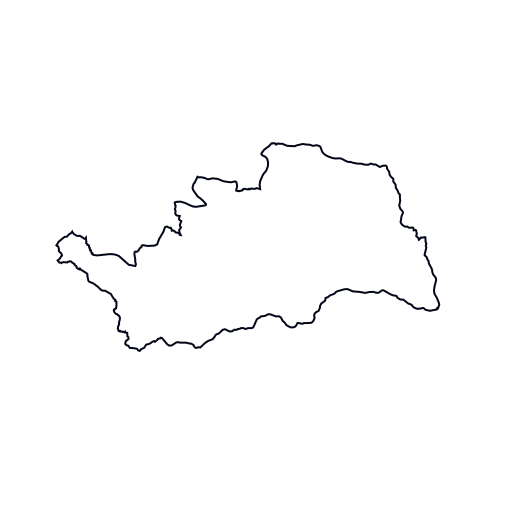 Toraja Utara, Sulawesi Selatan, Indonesia (Albers equal-area conic projection), rotated 113°
{"feature_id": "22746128B99951949618583", "entity_name": "Toraja Utara", "entity_type": "district", "adm_level": 2, "iso_a3": "IDN", "parent_name": "Indonesia", "parent_adm1": "Sulawesi Selatan", "projection": "albers", "projection_center": [119.857, -2.899], "detail": "fine", "context": "isolated", "style": "outline", "palette": "ink", "viewbox_px": 512, "rotation_deg": 113, "n_neighbors": 0, "source": "geoboundaries", "source_scale": "gbopen_adm2", "svg_char_len": 6134}
<svg xmlns="http://www.w3.org/2000/svg" viewBox="0 0 512 512"><g transform="rotate(113 256 256)"><path d="M365.3,291.8L363.0,286.2L362.6,283.2L362.0,281.4L362.3,278.9L363.4,277.7L364.0,276.4L364.0,275.0L362.4,273.3L362.0,271.6L356.0,268.9L352.9,266.9L349.5,263.4L347.0,262.6L344.8,262.4L343.6,261.8L341.8,259.9L336.9,257.8L335.5,255.9L335.8,251.0L334.7,248.6L332.4,247.2L331.4,244.8L330.5,244.4L329.4,242.6L328.1,241.5L327.3,239.6L327.3,237.0L325.5,235.2L324.3,232.3L323.2,230.9L322.4,230.6L314.2,230.5L312.9,229.9L311.0,228.4L309.8,228.0L307.7,224.4L304.9,222.1L304.1,220.2L303.8,214.1L302.5,211.1L302.9,209.0L305.2,206.2L306.2,203.3L307.7,201.1L308.1,197.9L308.0,195.6L306.9,193.5L305.7,192.3L303.3,191.7L301.6,191.7L300.9,190.5L300.6,187.9L300.2,186.7L299.1,185.8L297.0,181.1L295.7,178.8L293.6,177.9L291.7,177.8L289.9,177.9L288.8,178.8L287.5,179.4L285.8,179.4L284.5,178.9L281.9,176.9L279.1,176.9L277.1,177.5L274.8,177.4L274.2,177.3L270.3,175.0L268.8,175.1L267.5,175.6L265.6,173.6L263.5,172.6L260.4,169.4L259.2,168.7L257.9,168.4L256.8,167.5L252.1,161.7L250.7,158.8L250.7,153.0L248.6,146.7L247.3,141.0L245.0,137.8L243.1,133.9L243.0,131.9L242.3,129.3L240.7,127.9L238.7,126.9L238.0,125.9L237.8,125.1L238.7,117.2L238.7,114.8L237.9,111.3L238.2,110.4L239.0,109.9L239.6,107.0L239.4,105.2L238.6,103.5L240.3,97.2L240.0,94.8L240.4,93.1L241.2,92.0L241.7,90.4L241.7,88.6L241.6,86.7L240.8,85.7L240.6,84.7L238.7,82.2L238.5,81.3L239.3,78.9L238.5,74.5L234.5,68.6L233.4,68.1L233.2,68.8L231.7,68.1L229.2,68.3L227.5,69.5L223.6,73.5L221.3,76.7L218.5,78.6L214.5,79.7L207.6,80.8L205.9,81.9L203.7,85.8L202.3,87.1L199.1,89.2L195.3,94.0L193.3,95.1L192.2,96.8L190.2,98.7L189.5,100.9L189.1,101.3L181.6,102.5L180.5,103.5L179.7,103.9L178.1,104.0L176.6,105.5L172.7,107.3L172.7,108.0L174.3,110.4L174.5,111.4L177.3,112.2L177.5,112.4L175.9,113.7L175.2,116.1L174.7,116.5L172.8,116.6L169.8,118.7L169.8,119.5L170.8,120.9L169.1,121.8L168.5,122.7L170.2,126.0L169.8,128.3L170.7,130.0L170.7,131.0L170.1,133.7L168.9,135.6L168.2,136.2L162.4,137.6L158.7,137.6L157.8,138.3L156.3,141.4L153.8,143.8L148.7,144.9L145.1,146.8L143.6,147.3L143.0,147.9L142.6,149.1L139.9,151.8L138.8,153.8L135.8,155.4L133.8,158.7L131.3,159.8L130.4,162.6L129.0,164.7L126.4,166.4L124.4,169.5L122.7,170.4L122.2,171.2L122.1,172.1L123.3,174.4L125.7,176.8L125.0,181.6L125.9,183.7L125.9,185.4L126.3,186.7L128.2,188.3L129.6,192.4L129.8,194.8L131.4,199.0L132.4,203.7L132.4,205.7L133.1,206.9L133.5,209.1L133.0,215.8L133.8,218.2L135.1,220.6L135.9,223.6L136.2,227.9L136.0,231.1L135.4,233.5L134.2,235.8L130.3,239.4L130.0,240.8L130.3,243.4L132.4,246.7L132.5,249.8L133.7,253.1L134.6,256.7L138.3,261.8L139.8,263.2L142.4,270.4L142.4,275.5L143.6,278.4L143.6,279.4L144.3,279.9L144.8,280.7L145.4,280.8L145.5,281.1L144.9,281.2L144.9,282.8L145.5,283.7L145.4,284.3L145.9,284.7L146.3,285.8L149.8,286.9L152.7,288.8L155.3,290.1L158.5,290.9L160.1,290.9L160.9,289.4L161.0,286.1L162.2,283.7L165.2,281.4L168.5,280.2L170.8,280.0L173.8,280.0L177.3,281.1L180.1,281.4L185.5,281.4L189.0,280.5L192.8,278.3L193.3,282.0L194.7,283.4L196.0,287.2L197.2,287.9L197.0,288.9L197.9,289.5L198.7,292.9L199.3,293.9L200.4,294.3L200.8,294.1L201.7,295.1L202.2,296.3L202.6,296.4L202.8,297.1L203.1,297.2L203.5,299.0L203.5,299.9L199.4,300.5L197.2,301.8L195.7,302.9L195.4,304.2L198.0,308.0L198.8,310.7L199.9,315.2L200.0,321.4L201.5,326.4L203.5,329.0L204.3,331.0L204.2,333.9L205.0,337.4L206.0,339.6L205.9,340.8L212.7,341.1L213.6,341.6L216.5,341.4L218.2,341.0L220.0,339.4L224.0,333.0L224.8,329.4L225.9,326.2L227.8,322.2L228.7,322.1L229.3,322.6L234.1,330.3L235.0,333.1L235.1,336.2L234.9,341.8L235.4,346.6L237.4,350.7L238.5,351.7L240.5,350.5L240.9,349.8L243.1,349.0L244.4,349.1L246.2,347.5L248.4,347.0L249.4,345.8L249.6,344.5L249.0,341.8L251.9,341.5L252.8,340.3L253.1,338.4L257.1,338.2L258.1,337.7L259.0,336.2L262.1,336.9L264.2,335.6L266.1,333.5L266.3,334.6L265.3,335.3L265.1,336.6L265.7,339.3L265.2,340.0L264.8,341.9L264.9,342.6L265.6,343.4L263.8,344.7L263.3,345.6L263.9,346.5L263.7,349.6L265.0,351.0L269.8,350.7L278.2,351.8L284.0,351.5L286.1,353.5L289.1,359.7L290.3,364.6L291.3,365.3L292.1,364.9L292.8,365.0L293.4,365.6L294.7,366.1L296.8,366.3L298.7,367.3L299.1,368.8L300.0,369.2L301.8,368.7L306.5,365.7L308.1,365.2L310.5,363.3L312.4,363.2L313.8,369.6L309.7,381.8L309.5,384.0L310.0,387.5L311.4,391.4L317.5,402.4L318.6,406.2L318.2,406.5L318.0,407.8L317.4,407.6L317.2,407.8L317.3,408.7L315.4,410.1L315.7,410.8L315.4,411.1L314.5,411.5L314.0,412.3L313.3,412.4L313.0,413.2L311.6,413.9L311.4,415.0L311.7,415.5L310.3,417.1L310.4,417.4L309.3,417.7L305.7,419.7L306.9,419.9L307.2,420.5L306.3,425.1L306.5,426.7L307.4,428.3L307.4,428.9L307.0,432.1L305.9,434.2L305.4,434.7L307.1,435.1L309.2,436.7L311.9,437.5L313.3,439.7L319.6,443.1L324.2,443.9L324.5,443.2L324.5,441.8L326.9,439.9L328.2,439.6L328.7,439.0L329.8,436.1L331.4,434.7L332.1,435.1L335.5,435.7L337.6,436.9L338.9,434.4L338.4,432.9L338.5,432.3L337.7,432.1L336.8,430.5L335.7,427.3L335.4,427.4L334.7,426.8L334.5,426.1L333.6,425.4L333.3,423.8L333.8,423.1L334.3,420.0L334.9,419.8L335.7,417.1L336.7,416.7L337.1,415.9L337.4,414.2L336.3,413.5L336.3,413.1L337.1,412.7L336.9,412.4L338.1,405.0L338.7,404.0L340.3,403.4L344.2,400.7L344.8,399.7L344.8,394.9L345.9,390.3L347.8,385.1L347.8,383.5L346.9,381.5L347.7,374.7L350.5,370.9L351.1,369.7L351.3,368.3L351.9,368.0L352.4,368.1L352.4,367.1L352.6,366.6L356.7,364.9L358.9,364.4L359.5,365.1L360.3,365.1L360.9,365.8L362.1,365.4L363.3,364.1L364.0,362.2L363.8,361.2L364.3,360.3L364.6,358.6L365.7,357.3L367.8,356.5L371.0,356.1L372.4,355.3L374.8,355.4L377.1,354.7L377.6,354.0L378.7,353.1L378.7,352.4L378.1,351.9L378.4,351.5L378.4,350.9L377.8,349.7L378.1,349.3L377.4,348.3L377.7,347.1L376.9,346.8L377.4,346.4L377.1,344.5L380.2,343.0L380.5,341.9L381.3,341.3L382.4,341.0L385.3,342.6L387.9,342.1L388.3,341.5L388.7,339.8L388.5,338.3L389.4,337.2L389.9,336.0L388.9,333.6L388.0,329.8L388.0,329.1L388.9,327.6L388.8,326.0L386.4,325.1L384.3,323.1L380.6,322.5L378.1,319.4L375.3,317.8L374.1,316.5L374.5,315.5L371.7,314.0L370.5,313.8L369.3,312.0L368.4,311.7L368.2,310.6L372.0,303.1L372.4,300.8L371.1,298.5L367.1,295.9L366.0,294.6L365.3,291.8Z" fill="none" stroke="#020617" stroke-width="2"/></g></svg>